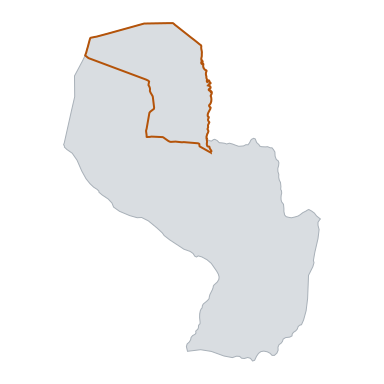 Alto Paraguay on a map of Paraguay (Equal Earth projection)
{"feature_id": "PRY-597", "entity_name": "Alto Paraguay", "entity_type": "Department", "adm_level": 1, "iso_a3": "PRY", "parent_name": "Paraguay", "parent_adm1": "", "projection": "equal_earth", "projection_center": [-58.696, -20.855], "detail": "fine", "context": "in_parent", "style": "outline", "palette": "amber", "viewbox_px": 384, "rotation_deg": 0, "n_neighbors": 0, "source": "natural_earth", "source_scale": "10m", "svg_char_len": 6160}
<svg xmlns="http://www.w3.org/2000/svg" viewBox="0 0 384 384"><path d="M201.3,59.5L202.0,62.5L202.4,64.8L203.4,66.4L204.4,68.6L205.4,69.8L206.2,71.9L205.9,74.2L206.3,77.2L206.9,79.8L207.4,80.5L208.8,81.2L209.5,83.6L209.0,84.8L209.2,86.1L209.7,87.5L209.3,88.7L209.5,89.7L210.5,90.6L211.4,93.9L211.5,99.5L210.5,102.5L209.7,105.0L209.5,106.5L210.1,108.6L209.0,111.2L207.8,114.4L208.1,116.5L208.3,118.6L208.4,120.8L208.7,122.8L208.3,125.0L207.9,126.9L207.7,129.1L208.2,131.5L207.3,133.8L206.8,135.5L206.6,137.1L207.5,139.7L209.8,140.8L211.6,141.0L213.3,139.7L214.7,139.3L217.1,140.5L219.3,142.7L222.1,142.9L224.7,143.3L226.6,144.0L229.4,143.2L232.4,144.0L235.8,145.3L238.7,146.3L241.5,146.1L243.6,145.9L245.9,144.7L248.0,144.8L249.6,142.7L250.5,140.8L251.4,139.4L253.7,138.3L255.3,139.0L256.6,142.5L258.9,144.6L259.8,146.1L261.5,146.7L265.3,146.9L267.6,146.7L270.3,147.8L272.0,147.8L273.5,149.7L274.9,152.0L275.1,156.2L276.3,159.5L278.1,160.7L278.9,162.8L278.6,165.6L277.8,168.5L277.9,171.6L278.8,174.4L278.7,177.3L279.3,180.1L280.5,182.5L280.9,186.5L280.7,189.3L281.5,190.9L281.7,193.2L281.2,195.1L281.0,197.7L281.1,200.0L281.7,201.9L283.5,204.3L283.9,208.6L283.9,211.6L284.7,215.1L286.2,216.7L288.6,217.3L291.4,217.8L294.8,217.0L297.9,216.1L299.6,215.1L302.9,212.6L305.9,211.1L307.4,210.1L308.8,209.5L311.7,211.1L314.4,213.1L316.5,215.9L320.4,219.0L319.6,219.8L318.0,222.3L318.0,225.3L319.1,229.6L318.0,238.6L314.8,252.4L313.4,260.5L314.0,262.7L312.8,266.8L308.5,275.4L308.3,281.2L307.6,298.6L306.1,310.8L303.6,319.9L301.5,324.7L299.5,325.3L298.1,326.7L297.3,329.0L295.7,330.9L293.4,332.4L292.2,334.1L292.0,335.9L289.8,337.1L285.6,337.6L283.2,339.1L282.4,341.5L281.0,343.3L279.0,344.7L278.0,347.1L278.1,350.3L276.9,353.1L274.4,355.4L272.1,355.4L270.1,353.3L267.3,351.8L263.8,351.1L260.9,351.6L258.5,353.4L256.5,356.3L254.6,360.3L252.6,361.0L250.4,358.3L247.7,357.5L244.3,358.5L241.6,358.2L239.6,356.4L236.5,356.2L232.4,357.6L224.0,356.0L211.3,351.4L200.6,349.7L187.5,351.3L186.4,346.6L187.1,344.0L189.2,342.1L190.6,339.9L191.1,337.4L192.6,335.6L195.0,334.3L196.0,333.0L195.7,331.6L196.2,330.5L197.6,329.5L198.4,327.9L198.5,325.7L199.1,324.6L200.0,323.8L200.1,322.3L199.6,317.6L199.7,313.8L200.3,310.8L201.1,309.0L201.7,308.5L202.2,307.4L202.4,305.6L203.3,304.0L207.5,300.5L209.1,298.6L209.3,296.9L209.9,294.6L212.4,289.6L213.2,287.3L213.3,286.1L214.1,284.9L217.2,282.1L218.8,279.5L219.1,277.0L218.4,274.3L216.7,271.2L211.3,263.4L207.1,259.8L201.8,256.9L198.2,255.9L196.5,257.0L194.8,256.2L193.1,253.5L190.1,251.4L183.9,249.2L169.9,240.0L164.2,235.6L162.3,232.9L157.0,228.0L148.4,220.9L141.7,217.5L137.1,217.7L129.7,215.6L119.5,211.3L113.6,207.1L112.0,203.1L108.2,199.0L102.2,195.0L99.0,192.3L98.8,191.0L97.0,189.3L93.7,187.2L90.0,183.7L86.0,178.7L81.7,170.9L77.1,160.3L72.2,153.2L67.0,149.6L64.4,147.1L64.4,145.9L63.6,144.8L64.3,142.8L66.1,134.7L68.7,123.1L71.4,111.0L74.7,96.7L74.6,86.6L74.5,75.9L79.2,67.1L82.5,60.9L85.4,54.9L88.3,44.7L90.3,37.9L97.8,36.3L110.6,32.8L117.0,31.0L130.5,27.3L144.2,23.5L158.7,23.3L172.6,23.0L183.4,31.5L191.6,38.0L200.7,45.1L201.3,46.6L201.9,52.6L201.3,59.5Z" fill="#d9dde1" stroke="#a8b0b8" stroke-width="1"/><path d="M201.3,59.5L201.4,60.1L201.5,60.3L201.8,60.2L202.0,60.3L202.2,60.6L202.5,61.1L202.6,61.5L201.4,62.0L201.2,62.7L201.4,63.5L202.0,64.0L202.2,63.9L202.3,63.7L202.5,63.5L202.9,63.4L203.1,63.6L203.3,63.9L203.4,64.3L203.2,65.4L203.2,66.5L203.4,67.5L203.7,68.2L204.2,68.9L204.8,69.6L205.5,70.1L206.1,70.2L206.5,70.6L206.5,71.3L206.0,72.5L205.9,73.3L205.9,74.4L206.1,75.4L206.4,76.4L206.4,76.8L206.4,77.7L206.5,78.3L206.9,79.1L207.0,79.6L207.0,80.0L206.8,80.8L206.8,81.3L207.0,81.8L207.3,82.1L207.5,82.0L207.8,80.6L208.2,80.3L208.7,80.3L209.2,80.7L209.3,81.0L209.5,81.6L209.6,81.9L209.8,82.1L210.2,82.5L210.5,82.8L210.6,83.2L210.3,83.6L210.0,83.8L209.3,83.9L209.1,84.2L208.7,84.7L208.3,85.1L208.0,85.5L209.0,85.8L209.7,86.0L210.2,86.4L210.5,87.0L210.6,87.8L210.3,88.2L209.0,89.1L208.7,89.6L208.8,90.1L209.0,90.3L209.3,90.5L209.5,90.5L210.2,91.2L210.9,92.2L211.1,92.2L211.2,91.4L211.8,92.1L211.8,93.0L211.6,93.9L210.7,95.5L210.7,96.1L211.2,97.4L211.4,99.2L211.3,101.2L210.8,102.9L210.1,104.2L209.3,105.0L209.1,105.3L209.1,105.8L209.2,106.2L209.4,106.4L209.5,106.6L209.8,107.0L210.3,107.2L210.6,107.6L210.4,108.7L208.3,112.7L207.8,114.1L207.7,114.9L207.7,115.9L208.0,116.6L208.6,116.9L208.8,117.2L208.6,118.1L208.2,119.0L208.0,119.7L208.1,120.4L208.5,121.1L208.8,121.7L209.2,122.0L209.3,122.4L208.0,125.1L208.0,125.9L208.1,126.7L208.1,127.5L207.7,128.4L207.5,129.1L207.8,129.7L208.2,130.3L208.4,131.3L208.3,131.8L207.6,133.5L207.3,133.8L207.2,134.2L206.5,136.6L206.5,137.2L206.5,137.8L206.5,138.2L206.9,138.5L206.7,138.9L206.9,140.6L207.1,141.3L206.8,143.8L206.9,144.8L207.1,145.7L207.4,146.2L207.9,146.5L208.7,146.5L209.3,146.7L209.5,147.1L209.8,148.5L211.3,150.7L211.4,151.2L210.8,151.8L210.6,152.1L210.7,152.6L200.2,146.7L199.7,146.4L199.5,146.0L199.3,144.0L198.8,143.6L198.0,143.3L183.6,142.1L182.0,142.3L175.5,141.6L170.8,141.9L170.3,141.8L169.6,141.6L168.4,141.0L165.0,138.6L163.5,137.5L162.6,137.1L151.5,136.6L149.8,136.9L147.0,137.0L146.7,136.9L146.6,136.4L146.6,135.2L146.1,131.4L146.1,131.0L146.1,130.5L146.6,128.8L149.3,113.4L149.4,112.9L149.6,112.6L150.0,112.0L150.5,111.5L153.6,109.1L153.8,109.0L153.9,108.8L153.9,108.6L154.0,108.4L154.0,108.2L154.1,107.8L154.1,107.4L152.8,96.8L152.5,95.9L152.3,95.6L150.6,92.7L150.0,91.3L149.9,91.0L149.9,90.6L150.0,89.5L150.0,89.2L150.0,88.8L149.8,87.8L149.6,87.3L149.3,86.5L148.6,85.4L148.5,85.2L148.5,84.9L148.5,84.7L149.1,81.5L148.3,80.7L146.1,79.6L88.5,58.1L85.6,55.8L85.2,55.3L85.4,54.8L85.8,53.7L86.2,52.7L87.0,49.6L87.9,46.6L88.7,43.5L89.5,40.5L90.1,38.5L90.4,38.0L90.9,37.7L93.6,37.2L94.3,37.0L95.7,36.8L97.2,36.5L97.8,36.3L108.3,33.5L118.7,30.6L129.2,27.7L139.6,24.8L144.3,23.5L146.8,23.5L152.6,23.4L158.5,23.3L164.3,23.2L170.1,23.1L172.6,23.1L173.2,23.3L174.2,24.1L175.0,24.9L176.6,26.1L179.5,28.4L182.4,30.7L185.2,32.9L188.1,35.2L191.0,37.5L193.9,39.7L196.8,42.0L199.6,44.3L200.9,45.2L201.2,45.7L201.3,46.3L201.2,47.7L201.3,49.0L201.8,51.4L201.9,52.7L201.8,53.6L201.8,55.3L201.8,56.2L201.3,58.4L201.3,59.5Z" fill="none" stroke="#b45309" stroke-width="2"/></svg>